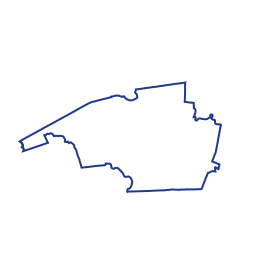 Cojasca, Dâmbovita, Romania (Robinson projection), rotated 18°
{"feature_id": "2599482B36729766611889", "entity_name": "Cojasca", "entity_type": "district", "adm_level": 2, "iso_a3": "ROU", "parent_name": "Romania", "parent_adm1": "Dâmbovita", "projection": "robinson", "projection_center": [25.841, 44.719], "detail": "fine", "context": "isolated", "style": "outline", "palette": "blue", "viewbox_px": 256, "rotation_deg": 18, "n_neighbors": 0, "source": "geoboundaries", "source_scale": "gbopen_adm2", "svg_char_len": 5646}
<svg xmlns="http://www.w3.org/2000/svg" viewBox="0 0 256 256"><g transform="rotate(18 128 128)"><path d="M99.4,178.6L103.8,176.6L108.6,174.3L114.5,171.8L117.9,170.3L117.8,168.6L118.5,168.4L120.2,168.0L121.1,167.8L121.6,167.6L123.3,168.2L123.5,168.9L123.8,169.4L124.2,170.1L124.5,170.9L125.7,171.2L127.0,171.3L127.8,170.3L128.7,169.7L130.3,169.2L130.9,169.4L131.4,169.5L134.0,170.9L136.6,172.2L138.5,174.1L139.3,175.0L140.1,175.3L141.4,175.0L143.5,173.9L145.3,174.3L146.7,175.3L148.5,177.4L148.9,179.2L149.0,182.6L148.8,183.7L148.5,184.3L148.1,185.0L146.8,185.9L146.6,186.9L146.6,188.1L147.2,188.9L147.6,188.5L153.2,186.5L161.0,183.7L161.6,183.5L163.4,182.8L164.6,182.4L166.0,181.9L171.2,179.9L172.6,179.4L173.9,178.9L177.9,177.4L181.7,176.1L183.0,175.5L183.8,175.2L184.2,174.9L185.0,174.6L186.3,174.1L187.5,173.5L188.5,173.0L189.7,172.5L190.7,172.4L191.7,172.2L192.4,171.9L193.0,171.7L193.7,171.6L194.4,171.4L195.2,171.2L195.6,171.1L195.7,170.9L196.0,170.7L196.7,170.5L200.6,169.1L202.0,168.6L202.9,168.2L203.4,167.9L204.9,167.7L205.3,167.5L205.7,167.4L205.8,167.3L209.7,166.0L210.0,165.8L211.0,165.7L211.4,165.4L211.8,165.1L212.4,165.0L213.5,164.6L214.1,164.4L214.7,164.2L215.4,163.9L216.1,163.7L216.7,163.5L217.0,161.3L217.0,160.7L217.1,158.6L217.2,156.5L217.3,154.6L217.4,152.8L217.5,151.1L217.6,149.6L217.7,149.3L217.8,146.9L217.9,146.0L219.0,145.3L221.5,142.9L224.6,142.4L222.9,138.6L223.1,138.4L223.5,138.3L224.0,138.3L224.4,138.5L224.9,138.6L225.6,139.0L226.6,139.3L226.7,139.2L226.2,134.4L218.4,133.8L218.5,131.6L218.5,130.9L218.9,124.2L218.0,116.3L217.0,109.3L217.0,109.2L216.7,106.8L216.4,104.7L215.9,100.9L215.9,100.6L215.6,98.6L215.6,97.9L215.5,97.4L215.5,96.9L215.4,96.2L214.6,96.1L214.3,96.1L211.3,97.0L210.6,97.0L210.2,97.0L209.7,96.7L209.4,96.3L209.2,96.0L208.3,93.8L207.5,93.5L207.2,93.7L206.6,93.8L205.9,93.7L205.2,93.6L204.8,93.3L204.5,92.9L204.5,92.4L204.7,91.6L204.8,91.0L204.8,90.4L204.5,89.7L203.9,89.4L203.2,89.2L202.7,89.5L202.4,89.9L202.3,90.3L202.3,90.7L202.5,91.3L202.8,92.0L202.9,92.4L202.8,92.8L202.1,93.1L201.5,93.6L201.0,94.5L200.3,95.1L199.4,95.6L198.4,95.9L197.4,96.2L194.8,96.5L193.7,96.6L193.0,96.8L192.7,97.0L192.4,97.2L192.0,97.6L191.4,99.0L191.2,99.5L190.8,99.8L190.3,99.8L189.8,99.7L189.6,99.6L189.4,99.3L189.2,99.0L189.3,98.5L189.3,97.7L189.1,97.4L189.0,97.2L188.8,96.8L188.6,96.7L188.2,96.6L187.9,96.7L187.5,96.9L187.1,97.2L187.1,96.7L187.3,94.8L187.3,93.9L187.3,92.3L187.1,91.4L187.0,90.9L186.8,90.5L186.6,90.1L186.2,89.6L186.0,89.3L185.7,89.2L185.1,88.9L184.5,88.8L184.3,87.9L184.2,87.8L184.0,87.4L183.7,86.5L183.5,86.0L183.3,85.5L183.2,85.0L183.0,84.4L182.9,84.2L182.8,83.8L182.7,83.8L182.4,83.9L182.0,84.0L180.9,84.2L180.2,84.4L179.9,84.4L179.5,84.5L179.0,84.6L178.5,84.7L178.1,84.8L176.5,85.1L174.2,85.5L173.9,85.6L171.6,77.5L170.7,74.7L170.4,73.8L168.5,67.9L168.3,67.3L168.3,67.1L168.0,67.3L166.8,67.9L162.9,69.8L158.6,71.8L158.2,72.0L157.6,72.3L155.8,73.2L155.3,73.5L153.5,74.3L151.4,75.3L149.6,76.3L148.0,77.1L147.4,77.4L146.9,77.6L146.3,77.9L145.7,78.1L143.1,79.5L142.9,79.7L142.5,79.9L142.0,80.1L141.3,80.4L140.7,80.6L139.8,81.1L139.2,81.3L138.9,81.4L138.5,81.6L136.9,82.5L136.0,82.9L135.2,83.2L134.6,83.6L133.9,83.9L133.4,84.2L133.0,84.3L132.7,84.4L132.5,84.5L132.3,84.6L132.0,84.7L131.5,85.1L131.3,85.2L130.9,85.3L130.5,85.5L129.9,85.8L128.5,86.6L127.2,87.2L126.4,87.6L126.1,87.7L124.7,88.4L123.7,88.7L123.7,89.1L123.7,91.9L123.7,92.0L124.1,92.3L124.9,92.7L125.6,93.1L126.1,93.6L126.4,94.0L127.2,95.7L127.4,96.4L127.3,96.5L126.6,97.4L124.3,99.7L123.4,100.3L122.4,100.8L120.7,101.2L118.4,101.1L116.9,100.6L116.3,100.3L115.1,99.7L114.4,99.1L112.9,100.2L112.5,99.9L111.5,100.2L110.7,100.2L109.8,100.2L109.2,100.0L108.2,100.5L106.9,100.7L106.7,100.8L105.6,101.4L105.3,101.7L105.0,101.8L102.8,103.2L102.3,103.4L102.5,103.8L94.9,108.6L91.9,110.5L88.5,112.7L85.1,114.8L82.7,117.0L81.6,118.2L78.7,121.2L76.9,123.1L74.2,126.1L71.6,128.9L69.4,131.3L66.0,134.9L63.5,137.5L62.0,139.1L57.1,144.3L53.7,148.0L51.7,150.0L48.5,153.4L44.5,157.7L42.9,159.4L41.1,161.4L39.5,163.0L36.9,165.8L34.9,167.8L33.1,169.8L31.1,171.9L29.3,174.0L29.5,174.0L29.8,174.3L29.9,174.6L30.1,174.8L30.4,174.9L30.6,175.0L30.9,175.0L31.2,174.8L31.6,174.8L31.9,174.9L32.1,175.2L32.0,175.5L32.1,175.9L32.3,176.1L32.5,176.1L32.8,176.1L33.0,176.2L33.3,176.5L33.5,176.7L33.6,177.4L33.7,177.6L33.7,177.9L32.8,178.4L32.7,178.7L32.8,179.0L33.4,179.4L33.8,179.4L34.3,179.4L34.6,179.5L34.8,179.7L34.9,180.1L35.1,180.4L35.3,180.5L35.6,180.5L35.7,181.0L35.4,182.0L35.4,182.4L35.4,182.5L37.0,181.3L39.9,179.2L44.2,176.0L49.4,172.1L52.7,169.6L56.2,166.9L56.4,166.8L50.6,160.7L50.8,160.5L51.4,160.2L52.2,159.9L52.3,159.8L52.4,159.6L52.4,159.3L52.5,159.1L52.6,158.8L52.9,158.5L53.2,158.3L53.5,158.3L53.9,158.3L54.4,158.2L54.7,158.1L54.9,158.0L55.0,157.8L55.3,157.5L55.9,156.9L56.3,156.9L57.2,157.1L57.9,157.0L58.3,157.2L58.8,157.5L59.4,158.1L59.8,158.4L60.1,158.6L60.3,158.6L60.7,158.3L61.7,157.9L63.0,157.4L63.4,157.3L64.1,157.2L65.2,156.7L65.6,156.5L67.2,156.2L68.3,156.1L69.0,156.1L69.4,156.2L70.0,156.9L70.6,157.4L71.6,158.2L71.8,158.6L72.0,159.1L72.1,160.5L72.3,160.6L72.7,160.6L73.2,160.3L73.5,160.3L74.1,160.4L74.4,160.3L74.6,160.1L75.1,159.6L75.3,159.5L75.5,159.5L75.9,159.7L76.2,160.3L76.5,160.5L76.6,160.4L76.8,160.3L77.1,160.1L78.0,159.5L78.4,159.3L78.5,159.3L79.1,159.6L79.6,159.9L81.5,160.6L82.2,161.2L82.4,161.7L82.6,162.2L82.8,162.8L83.3,163.2L83.4,163.3L84.0,163.6L85.2,164.7L85.5,165.0L86.4,166.3L86.8,167.0L88.3,169.2L88.4,169.4L88.6,169.7L89.2,170.4L89.9,171.1L90.4,171.7L90.8,172.2L91.2,172.5L91.6,173.1L91.9,173.8L92.9,175.3L94.6,177.7L95.7,179.5L96.1,180.0L99.4,178.6Z" fill="none" stroke="#1e3a8a" stroke-width="2"/></g></svg>